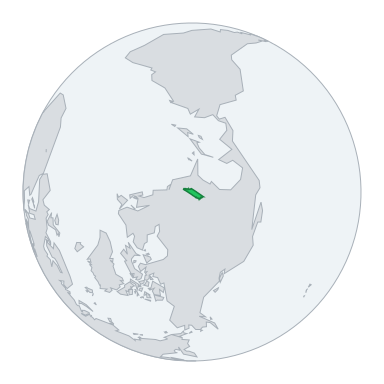 Tennessee on an orthographic globe, rotated 213°
{"feature_id": "USA-3551", "entity_name": "Tennessee", "entity_type": "State", "adm_level": 1, "iso_a3": "USA", "parent_name": "United States of America", "parent_adm1": "", "projection": "orthographic", "projection_center": [-85.336, 35.837], "detail": "fine", "context": "on_globe", "style": "filled", "palette": "green", "viewbox_px": 384, "rotation_deg": 213, "n_neighbors": 0, "source": "natural_earth", "source_scale": "10m", "svg_char_len": 11562}
<svg xmlns="http://www.w3.org/2000/svg" viewBox="0 0 384 384"><g transform="rotate(213 192 192)"><circle cx="192" cy="192" r="169" fill="#eef3f6" stroke="#a8b0b8"/><path d="M215.1,359.4L210.6,359.9L210.9,359.2L214.4,358.3L211.5,358.5L219.3,355.6L215.5,356.6L219.4,351.9L226.3,346.5L233.6,328.2L230.7,324.5L218.5,321.1L204.0,304.7L208.4,296.7L205.0,293.1L216.1,280.5L212.8,269.3L208.8,268.0L205.0,272.6L191.1,265.8L185.8,256.7L142.0,238.3L137.3,232.6L137.0,224.3L121.4,193.0L128.6,221.1L122.7,214.8L117.9,204.3L120.5,202.6L117.0,187.7L111.7,180.7L110.8,162.0L120.6,140.9L122.4,145.3L124.5,140.1L122.4,134.5L120.5,132.2L124.9,110.1L119.6,95.1L112.6,94.7L118.3,91.7L101.6,94.5L95.3,91.2L105.6,92.4L109.2,90.7L106.5,86.9L109.6,84.4L110.1,81.2L114.0,78.7L119.7,80.1L122.3,78.7L120.3,76.1L122.9,72.3L125.5,76.2L130.4,70.1L140.9,72.4L144.6,86.5L153.6,87.1L166.0,100.4L168.1,97.6L174.2,101.5L178.8,99.8L179.8,103.2L182.7,99.0L180.9,96.3L181.6,93.6L184.1,92.5L185.8,96.5L184.8,97.6L186.6,98.2L186.4,100.7L188.0,98.9L189.7,104.0L191.8,97.4L196.4,100.3L196.5,104.2L191.5,105.7L179.3,119.8L177.8,125.0L180.9,130.4L197.2,136.0L197.7,141.3L202.0,146.9L204.0,143.0L201.4,137.2L206.2,131.6L202.4,125.7L203.8,122.8L201.9,116.3L207.6,115.4L214.2,118.2L216.1,123.7L219.0,125.2L221.6,118.8L229.4,128.3L241.9,133.7L243.3,136.6L238.2,143.9L227.1,146.6L220.4,157.7L230.2,148.9L233.6,157.0L236.5,157.8L239.5,156.7L240.4,153.0L242.7,155.7L233.8,165.0L231.6,162.7L234.4,159.7L229.2,161.2L223.3,168.3L225.5,172.3L214.2,180.1L215.6,183.2L214.0,186.9L212.5,181.3L214.9,191.7L202.1,204.7L205.2,222.8L196.2,209.3L189.3,208.0L181.2,208.5L181.5,211.4L170.3,209.1L160.7,214.9L158.1,229.0L162.7,239.8L175.1,240.8L178.4,234.9L187.3,233.7L181.8,249.5L197.5,251.3L196.4,262.7L201.1,268.1L208.7,266.2L216.7,268.2L222.0,261.1L230.7,256.4L231.3,265.3L235.8,256.4L241.0,259.8L258.1,255.7L256.9,258.1L271.4,264.5L286.3,263.7L289.7,268.5L288.0,272.9L293.0,271.9L293.1,274.2L312.1,268.3L321.0,268.2L320.2,276.0L311.7,289.1L301.6,308.7L285.7,320.7L280.1,327.5L264.9,339.0L255.5,341.6L256.6,343.7L250.0,347.0L243.4,348.8L241.0,350.8L236.0,352.0L238.4,352.3L228.6,355.6L229.4,356.3L221.8,358.2L222.5,358.2L220.3,358.6L217.5,359.0L217.2,359.1L215.1,359.4ZM41.5,179.1L42.6,175.5L42.9,179.0L41.5,179.1ZM42.6,172.5L42.4,173.9L42.5,172.6L42.6,172.5ZM42.3,171.1L42.5,172.1L42.1,171.2L42.3,171.1ZM41.6,169.5L42.0,170.2L41.9,170.2L41.6,169.5ZM204.8,228.9L222.7,235.5L213.0,237.7L214.7,236.0L210.1,232.9L201.6,230.4L193.0,232.7L204.8,228.9ZM41.2,166.1L41.1,165.1L41.6,165.4L41.2,166.1ZM211.8,218.4L208.7,218.0L211.6,217.7L211.8,218.4ZM119.1,131.6L122.0,134.7L122.8,140.9L120.0,138.6L119.1,131.6ZM118.0,120.5L120.3,121.0L117.7,126.1L117.2,124.2L118.0,120.5ZM107.0,95.3L108.8,97.2L106.0,96.3L107.0,95.3ZM109.5,81.3L108.0,81.6L108.9,79.9L109.5,81.3ZM198.9,117.3L200.3,116.8L199.9,118.2L198.9,117.3ZM196.6,115.0L195.1,117.0L193.8,116.3L194.8,115.1L196.6,115.0ZM115.6,74.5L117.5,71.9L116.6,74.8L115.6,74.5ZM198.8,112.8L191.7,114.7L189.5,113.4L191.3,107.8L198.8,112.8ZM119.2,70.5L123.7,64.4L120.8,64.5L131.6,61.3L124.2,67.2L123.5,70.7L121.9,69.4L119.2,70.5ZM179.2,95.9L181.2,98.7L177.2,97.5L179.2,95.9ZM176.4,95.8L163.0,96.5L161.3,92.1L166.2,92.6L162.1,88.0L167.9,85.4L171.4,87.4L171.3,90.7L173.6,87.3L176.4,95.8ZM136.8,60.7L138.7,59.6L137.8,61.0L136.8,60.7ZM181.5,92.5L178.9,92.9L177.3,89.0L182.1,87.5L181.1,89.2L181.5,92.5ZM158.2,88.2L157.8,85.2L162.4,82.3L162.9,80.8L167.8,85.0L158.2,88.2ZM182.8,89.6L184.6,86.9L187.8,87.8L183.9,91.9L182.8,89.6ZM174.8,88.7L174.3,86.9L176.2,87.4L174.8,88.7ZM199.9,90.0L196.8,90.3L195.7,88.2L199.9,90.0ZM185.1,85.9L184.0,85.6L183.3,84.9L185.1,83.5L185.1,85.9ZM170.7,82.8L172.7,82.3L168.9,80.9L172.2,78.8L174.9,82.1L175.1,79.9L176.1,79.3L177.3,82.7L170.7,82.8ZM184.6,80.0L189.2,83.9L195.1,83.6L196.2,85.4L186.5,85.5L184.6,80.0ZM180.2,81.2L183.2,80.8L183.1,83.0L181.0,84.7L180.2,81.2ZM173.5,76.4L167.7,78.6L167.3,77.9L173.5,76.4ZM186.3,79.4L185.1,78.6L186.7,79.2L186.3,79.4ZM177.4,76.7L175.4,77.6L175.0,76.7L177.4,76.7ZM184.5,76.2L186.0,77.4L184.6,78.5L184.5,76.2ZM181.3,76.1L181.2,74.6L183.2,78.1L180.4,76.6L181.3,76.1ZM177.4,75.8L176.5,75.5L178.2,75.5L177.4,75.8ZM188.8,71.5L191.7,75.7L188.7,78.0L186.3,73.6L188.8,71.5ZM213.2,359.6L210.9,359.9L213.8,359.5L213.2,359.6ZM219.9,358.6L221.5,358.4L222.1,358.3L219.9,358.6ZM310.0,71.0L307.6,68.8L316.8,79.2L313.4,76.9L301.9,64.9L293.2,56.7L291.5,55.6L292.9,57.8L286.5,53.4L292.8,58.5L293.5,58.3L297.4,61.7L297.1,62.2L294.9,60.5L296.3,62.6L306.5,70.9L308.3,71.5L314.7,80.2L318.2,82.3L321.4,86.3L316.7,84.3L313.9,81.9L308.6,83.7L312.2,86.9L317.4,85.6L317.7,87.2L322.5,92.2L319.1,89.7L312.5,91.0L315.4,100.4L326.6,119.6L326.7,125.6L323.4,128.4L311.8,116.1L312.8,104.3L308.7,100.5L302.1,99.6L303.0,96.3L300.4,94.8L300.1,90.6L293.5,82.4L292.3,78.3L283.5,73.3L281.7,70.7L287.4,74.3L290.7,74.8L286.9,65.7L284.4,63.4L279.1,61.1L278.7,59.2L274.0,58.1L268.8,52.9L271.2,58.7L264.9,56.8L258.5,53.0L256.9,53.6L267.3,59.9L271.1,61.6L273.7,61.2L284.4,67.6L287.0,71.2L277.4,69.0L280.0,74.2L271.4,70.8L248.4,54.9L242.0,49.6L244.1,43.0L249.2,44.5L250.9,47.5L254.9,45.7L251.9,45.4L251.6,44.0L245.6,42.4L245.0,41.4L240.1,41.9L238.8,40.4L242.0,40.2L231.9,37.3L227.6,34.7L225.6,34.6L224.6,35.2L219.8,31.8L218.5,31.9L219.6,33.0L217.8,34.1L212.6,34.8L211.2,33.5L212.9,33.1L214.3,30.7L218.9,30.1L217.8,29.7L213.5,29.9L211.8,32.9L209.1,33.7L209.1,32.0L208.9,32.7L207.1,32.7L204.1,31.8L203.6,33.6L185.9,37.4L178.2,36.4L180.3,34.1L166.4,37.0L158.8,36.5L159.9,37.4L153.9,40.0L156.2,40.1L156.3,40.8L142.1,48.5L137.7,49.8L132.7,55.0L133.2,55.6L136.2,54.9L131.6,61.3L120.8,64.5L120.1,62.9L113.8,66.4L113.2,62.5L109.9,61.2L112.9,55.6L109.9,55.5L107.8,56.9L102.2,58.2L98.0,56.4L110.8,51.4L118.9,54.7L116.4,52.5L119.8,51.3L120.6,49.5L118.6,48.4L116.7,49.3L127.9,40.2L128.7,36.7L121.8,40.2L116.7,42.2L111.6,43.4L112.5,42.9L123.1,37.7L134.1,33.3L145.4,29.6L156.9,26.7L168.6,24.7L180.4,23.4L192.2,23.0L204.1,23.5L215.8,24.7L227.5,26.8L239.0,29.7L250.3,33.4L261.2,37.9L271.9,43.1L282.1,49.1L291.9,55.7L301.2,63.1L310.0,71.0ZM360.1,175.0L360.5,179.7L359.9,177.6L359.9,180.5L356.4,203.2L352.9,203.3L343.2,193.5L342.1,182.8L337.7,174.8L326.8,126.7L329.1,122.7L325.8,102.3L326.3,100.9L331.7,107.7L333.3,101.7L327.8,93.6L324.2,86.8L322.7,84.9L330.2,94.8L336.9,105.1L342.9,116.0L348.0,127.2L352.4,138.8L355.8,150.6L358.4,162.7L360.1,175.0ZM336.0,145.9L337.6,148.6L336.0,145.9ZM270.0,42.1L268.7,41.5L271.2,42.8L281.4,48.7L281.6,48.8L270.0,42.1ZM258.6,255.4L260.7,256.6L258.0,257.4L258.6,255.4ZM211.9,241.8L215.5,241.6L217.5,242.9L214.8,243.6L211.9,241.8ZM242.1,237.6L246.2,237.6L242.1,239.2L242.1,237.6ZM225.4,236.3L238.9,237.9L230.8,242.1L222.3,241.1L228.0,239.5L225.4,236.3ZM210.5,224.3L212.9,224.8L212.3,226.7L210.5,224.3ZM213.9,218.2L213.0,218.5L211.8,217.1L213.9,218.2ZM234.1,156.4L234.9,155.8L238.1,155.3L236.9,157.1L234.1,156.4ZM250.6,145.2L253.9,149.8L250.7,147.6L249.6,150.6L241.5,150.0L243.6,138.1L244.1,143.4L250.6,145.2ZM231.2,146.5L236.2,147.8L230.7,146.9L231.2,146.5ZM286.4,91.6L288.4,90.7L291.6,93.4L293.0,99.8L288.5,95.8L286.4,91.6ZM290.5,88.9L280.5,85.6L279.2,81.9L281.6,84.5L281.7,82.3L285.7,86.0L294.2,86.1L297.5,88.6L298.5,98.3L296.3,93.6L294.5,94.6L290.5,88.9ZM257.4,87.5L253.0,87.0L255.7,79.4L259.5,80.8L261.2,86.9L257.8,88.9L257.4,87.5ZM203.4,102.9L201.5,103.9L201.1,102.7L202.3,100.8L203.4,102.9ZM198.5,90.3L210.9,97.3L209.4,98.8L218.5,101.7L218.1,106.8L212.2,104.6L218.7,111.0L213.3,111.1L218.1,115.1L205.2,109.8L200.6,110.5L205.8,107.7L206.3,102.9L205.1,101.1L198.4,96.5L188.7,96.1L187.6,91.6L189.4,88.6L191.6,88.1L191.6,91.0L194.5,88.1L196.2,92.1L198.5,90.3ZM211.3,61.5L210.4,64.3L216.5,61.0L218.2,64.1L218.8,63.5L222.0,65.6L227.0,67.3L227.0,68.9L228.9,68.9L231.1,70.4L233.8,71.0L234.8,74.2L238.1,75.3L236.7,76.3L242.1,77.3L238.5,78.0L241.0,80.4L243.2,78.5L242.1,96.2L244.4,103.8L248.3,109.9L241.6,110.8L233.6,105.8L226.1,98.5L224.8,91.3L222.0,93.3L220.6,90.5L223.4,90.1L218.2,89.1L217.8,86.8L211.0,81.5L203.8,81.9L201.1,80.1L203.8,78.8L199.3,78.0L202.4,74.5L200.6,73.3L201.9,68.8L208.0,67.3L205.5,66.1L206.4,62.9L211.3,61.5ZM189.4,70.3L196.3,67.4L200.6,67.8L196.6,75.5L197.8,77.1L195.4,82.5L189.1,81.9L190.4,80.4L190.2,78.8L192.2,79.6L190.4,77.8L192.1,75.7L191.2,73.7L193.7,73.3L189.4,70.3ZM323.6,96.7L323.4,95.3L322.3,92.6L325.4,95.9L323.6,96.7ZM319.4,97.7L318.7,95.9L322.5,98.8L322.7,100.4L319.4,97.7ZM315.1,92.6L318.4,95.5L316.8,94.9L315.1,92.6ZM286.5,72.7L285.4,70.9L286.5,71.2L288.6,72.7L286.5,72.7ZM229.6,53.8L228.4,54.9L227.3,54.5L222.2,55.5L220.5,53.4L223.0,52.1L229.6,53.8ZM311.0,72.1L314.5,75.6L313.3,74.5L311.0,72.1ZM321.7,85.9L320.8,83.7L322.5,86.8L321.7,85.9ZM227.0,51.7L225.0,52.3L225.4,51.0L227.0,51.7ZM219.0,52.0L218.9,50.5L219.7,53.3L219.0,52.0ZM209.9,37.9L219.0,38.5L224.4,38.3L225.7,36.7L227.7,39.5L219.4,39.9L209.9,37.9ZM189.1,37.4L188.0,39.3L185.9,38.7L185.8,38.2L189.1,37.4ZM190.2,38.4L193.7,40.4L191.4,41.6L189.1,39.7L190.2,38.4ZM210.7,45.2L213.5,45.4L213.1,46.4L210.7,45.2ZM103.6,48.0L105.0,47.2L98.6,51.4L96.5,52.7L97.6,51.8L103.6,48.0ZM103.9,48.1L107.1,46.2L118.1,41.9L118.9,42.1L107.1,46.9L109.5,45.4L107.9,45.9L103.9,48.1ZM137.6,59.1L138.6,59.5L136.7,60.0L137.6,59.1ZM157.7,40.8L157.4,41.8L155.2,42.1L157.7,40.8ZM155.5,44.9L158.2,43.8L155.9,45.4L155.5,44.9ZM164.1,41.5L159.5,43.6L163.1,40.9L164.1,41.5Z" fill="#d9dde1" stroke="#a8b0b8" stroke-width="1"/><path d="M181.6,191.6L181.6,191.4L181.6,191.2L181.8,190.9L181.6,190.6L181.9,190.5L182.0,190.5L181.9,190.4L182.0,190.3L182.0,190.2L182.0,189.9L182.1,190.0L182.3,189.9L182.7,189.9L183.1,189.9L183.5,189.9L184.0,189.9L184.4,189.9L184.8,189.9L185.2,189.9L185.6,190.0L185.6,189.9L185.6,189.7L185.5,189.4L185.9,189.4L186.0,189.5L186.3,189.5L186.5,189.5L186.8,189.6L187.1,189.6L187.3,189.6L187.6,189.6L187.9,189.6L188.1,189.6L188.4,189.6L188.6,189.6L188.8,189.6L189.0,189.6L189.3,189.5L189.5,189.6L189.9,189.6L190.3,189.6L190.7,189.7L191.3,189.7L191.8,189.7L192.5,189.7L193.1,189.7L193.7,189.7L194.2,189.7L194.7,189.7L195.1,189.7L195.4,189.8L195.6,189.8L195.8,189.8L195.9,189.7L196.2,189.7L196.4,189.7L196.7,189.7L196.9,189.7L197.2,189.7L197.4,189.7L197.7,189.7L197.9,189.7L198.2,189.7L198.4,189.7L198.7,189.7L198.9,189.6L199.2,189.6L199.4,189.6L199.6,189.6L199.9,189.6L200.0,189.6L200.3,189.6L200.5,189.6L200.6,189.8L200.6,190.0L200.6,190.3L200.4,190.3L200.2,190.4L200.1,190.5L199.9,191.0L199.7,191.1L199.5,190.9L199.4,190.9L199.3,191.0L199.2,191.0L198.9,191.2L198.9,191.3L198.8,191.5L198.7,191.5L198.5,191.4L198.4,191.3L198.1,191.4L198.1,191.5L197.9,191.6L197.8,191.8L197.7,191.9L197.7,192.0L197.4,192.1L197.2,192.2L197.1,192.3L196.9,192.4L196.9,192.5L196.8,192.4L196.8,192.5L196.7,192.5L196.4,192.7L196.2,192.8L196.2,192.7L196.1,192.8L195.9,192.8L195.7,192.8L195.4,193.0L195.2,193.1L195.2,193.3L195.1,193.5L194.9,193.7L194.7,193.7L194.5,193.8L194.5,194.0L194.5,194.4L194.4,194.5L194.2,194.5L193.8,194.5L193.7,194.5L193.4,194.5L193.1,194.5L192.8,194.5L192.5,194.5L192.2,194.5L191.9,194.5L191.6,194.5L191.3,194.5L190.9,194.5L190.5,194.5L190.2,194.5L189.8,194.5L189.4,194.5L189.0,194.5L188.6,194.5L188.3,194.5L187.9,194.4L187.5,194.4L187.1,194.4L186.7,194.4L186.4,194.4L186.0,194.4L185.6,194.4L185.2,194.3L184.7,194.4L184.4,194.4L184.1,194.3L183.8,194.3L183.5,194.3L183.1,194.3L182.8,194.3L182.5,194.3L182.2,194.3L181.9,194.3L181.6,194.2L181.3,194.2L181.0,194.2L180.6,194.2L180.3,194.2L180.0,194.2L180.3,194.0L180.3,193.9L180.5,193.8L180.6,193.6L180.5,193.4L180.5,193.2L180.7,192.9L180.8,192.9L180.8,192.7L181.0,192.6L180.9,192.4L181.0,192.4L181.0,192.2L181.4,191.9L181.5,191.8L181.5,191.7L181.4,191.7L181.5,191.5L181.6,191.6Z" fill="#22c55e" stroke="#15803d" stroke-width="1.5"/></g></svg>